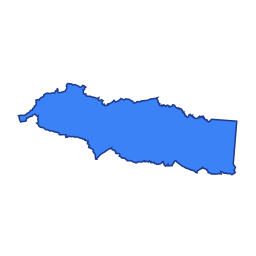 the district of Belén, Catamarca, Argentina, rotated 274°
{"feature_id": "61730980B98918352953876", "entity_name": "Belén", "entity_type": "district", "adm_level": 2, "iso_a3": "ARG", "parent_name": "Argentina", "parent_adm1": "Catamarca", "projection": "robinson", "projection_center": [-66.858, -26.985], "detail": "fine", "context": "isolated", "style": "filled", "palette": "blue", "viewbox_px": 256, "rotation_deg": 274, "n_neighbors": 0, "source": "geoboundaries", "source_scale": "gbopen_adm2", "svg_char_len": 5835}
<svg xmlns="http://www.w3.org/2000/svg" viewBox="0 0 256 256"><g transform="rotate(274 128 128)"><path d="M168.2,64.9L167.1,64.0L165.7,63.5L164.7,64.2L163.2,64.1L160.2,62.7L160.1,61.9L159.4,60.7L159.4,59.7L158.6,58.2L158.5,56.2L159.3,55.3L161.3,55.5L162.9,54.5L161.8,54.9L161.4,54.7L160.3,53.9L160.0,53.2L157.9,52.4L157.6,49.6L157.1,48.4L156.9,46.7L157.2,45.5L156.9,44.3L156.0,42.7L155.1,41.7L153.9,41.7L153.1,41.3L152.9,40.0L151.2,38.1L149.6,37.5L150.1,36.1L149.5,34.3L148.9,34.2L147.9,34.7L147.1,34.4L146.5,34.9L145.7,34.8L143.8,34.2L143.5,33.9L143.4,33.1L142.0,33.0L141.2,32.5L140.8,31.5L139.1,31.4L138.9,30.7L138.9,29.8L136.6,28.2L135.6,26.5L134.7,25.7L133.8,24.4L133.4,23.5L133.1,19.5L132.6,17.9L131.4,18.6L129.0,19.2L126.5,20.6L127.1,22.0L127.5,24.9L127.9,25.5L128.4,26.1L130.0,26.0L130.8,26.6L131.3,27.7L132.3,28.8L132.4,29.6L133.1,30.7L133.1,31.5L134.2,32.1L135.3,34.2L134.9,35.1L133.8,35.7L133.7,36.1L133.4,36.8L133.9,37.6L130.2,37.4L127.8,38.3L126.9,37.6L126.5,36.6L125.4,38.1L123.5,39.2L123.2,40.0L122.7,40.3L122.4,42.1L122.6,43.3L120.5,46.2L120.7,47.6L120.3,49.0L119.5,50.0L120.0,52.1L119.3,53.8L119.1,54.6L119.3,54.9L118.9,55.6L119.1,56.2L118.7,56.8L118.7,57.9L118.3,58.6L118.0,59.7L116.8,59.8L116.5,60.3L116.6,62.4L116.9,62.9L116.8,66.8L116.2,66.9L115.1,66.4L114.4,66.8L114.6,67.0L114.5,68.2L115.7,69.3L115.3,72.0L115.8,73.6L115.5,74.6L115.2,74.9L115.5,78.5L114.5,81.0L114.3,82.8L113.7,83.9L113.9,84.6L113.6,85.8L112.7,85.9L112.6,87.3L112.2,87.7L111.9,89.3L110.0,88.6L109.4,88.7L108.8,90.1L107.5,90.9L107.1,90.1L106.2,90.0L105.6,90.5L105.6,92.0L105.0,92.3L105.0,92.9L103.6,95.0L101.9,94.8L100.3,96.2L99.8,97.0L94.9,97.8L94.5,98.2L94.6,98.8L94.8,98.6L99.7,102.4L101.9,105.6L106.3,111.1L106.4,112.4L106.6,112.6L106.2,112.5L106.4,113.1L105.1,114.1L105.2,115.3L104.9,115.5L104.9,116.0L104.3,116.1L104.1,116.9L103.3,117.5L102.9,117.3L102.5,117.7L101.9,117.6L101.6,119.3L102.1,120.0L101.6,121.2L100.7,121.9L99.4,121.2L98.4,123.3L97.7,123.6L97.6,124.3L97.8,124.7L97.6,125.5L97.9,125.7L97.6,126.1L97.7,126.8L97.1,127.2L97.0,128.0L96.4,128.2L96.2,129.1L95.5,129.2L95.2,130.4L95.7,131.2L95.5,131.7L95.3,134.2L94.5,135.4L94.3,137.0L93.7,138.3L94.1,139.5L94.9,139.9L95.1,142.6L94.9,143.8L95.9,145.6L95.9,146.0L96.5,146.5L96.4,146.8L95.6,146.7L95.5,147.1L95.6,147.6L96.0,147.9L95.8,150.3L95.5,150.6L96.5,151.5L96.2,151.6L96.1,152.2L96.3,153.0L95.9,153.3L95.2,153.0L95.0,153.4L95.2,155.1L95.7,156.2L95.0,156.3L94.5,156.8L94.4,158.4L93.8,159.2L94.1,160.1L93.9,160.9L94.7,163.0L96.1,164.4L96.9,164.8L97.1,165.3L96.8,165.7L95.5,165.8L95.1,166.4L94.0,166.5L92.9,167.4L92.6,168.0L93.2,169.2L94.7,170.4L93.1,170.7L93.4,171.0L93.1,172.0L93.4,172.6L93.3,173.4L93.5,174.7L94.5,174.8L94.8,175.1L96.1,175.6L96.2,176.0L97.7,176.4L98.0,177.1L98.7,177.5L98.5,178.2L97.2,179.4L95.8,181.8L95.5,182.0L95.1,183.1L94.4,183.6L93.6,185.2L93.3,186.6L92.7,187.0L92.4,188.2L91.8,188.8L92.0,190.3L91.3,191.1L91.2,192.4L90.4,193.6L90.8,194.5L90.4,194.8L89.9,196.7L88.3,199.0L88.1,200.0L90.0,200.0L90.8,201.5L91.7,202.1L91.8,202.6L92.3,203.3L92.3,203.7L92.8,204.2L92.9,204.7L94.0,205.0L93.8,205.8L93.0,206.2L92.5,208.4L91.9,209.7L91.2,209.6L90.3,211.0L89.2,211.0L88.8,212.0L88.8,213.1L88.3,213.7L87.8,215.0L88.3,215.8L88.0,217.0L88.4,220.6L88.9,221.3L88.6,222.5L88.8,223.5L88.7,224.3L91.0,223.5L90.4,226.1L89.7,226.4L89.6,228.6L90.0,228.8L89.3,230.4L89.7,232.5L89.6,233.3L88.7,234.6L89.0,235.8L89.8,236.3L90.4,237.5L91.1,238.1L93.1,236.6L93.7,237.3L94.5,237.2L96.5,237.9L97.1,237.1L99.5,235.5L142.4,236.0L142.5,210.7L139.8,208.5L140.0,208.2L139.7,207.6L140.1,206.8L140.6,206.8L140.6,206.3L141.7,206.1L141.9,204.9L141.7,204.6L142.0,204.6L142.2,203.7L143.1,203.4L142.8,203.1L143.0,202.7L143.9,202.9L144.0,202.1L144.5,202.3L144.6,201.8L145.0,201.8L143.9,199.9L144.6,200.3L144.5,199.6L144.2,199.1L144.7,198.6L143.9,197.6L143.1,197.1L142.5,196.5L142.2,195.3L142.2,194.9L142.5,194.7L142.4,194.0L142.6,193.5L143.1,193.4L143.1,192.8L143.6,192.6L143.6,192.0L144.1,192.0L144.2,191.6L144.6,191.4L144.5,191.1L145.3,191.3L144.9,189.8L145.2,189.3L145.8,189.1L145.4,188.7L145.5,188.4L145.2,187.9L143.2,187.3L142.8,186.1L144.2,184.9L144.2,184.3L144.7,184.3L144.9,183.8L145.9,183.6L146.6,183.2L146.4,182.9L147.3,182.5L147.4,182.2L147.6,182.3L147.5,182.0L147.7,181.9L147.4,181.6L147.6,181.3L148.7,181.4L149.2,181.2L149.5,180.3L150.4,180.2L150.9,178.8L150.4,178.4L150.5,177.9L151.0,178.2L151.0,177.5L151.6,177.2L151.4,175.7L151.9,174.3L153.2,173.0L153.8,173.0L154.1,171.7L154.4,171.3L154.3,171.0L152.9,170.7L152.7,169.6L152.1,169.1L152.3,168.2L152.0,167.4L153.0,167.2L152.9,166.7L153.5,166.1L153.3,165.2L152.2,163.8L152.6,163.4L152.4,162.8L152.9,162.4L153.2,162.7L153.6,161.7L152.2,160.2L152.4,159.4L153.1,159.5L152.7,158.2L154.2,157.3L154.5,157.6L154.6,157.1L155.5,156.8L155.9,156.0L156.6,156.3L158.0,155.6L158.8,154.8L159.4,154.8L160.3,155.4L159.2,152.3L158.5,148.4L157.0,145.6L155.9,139.3L155.6,139.4L155.0,138.5L155.0,135.5L154.8,135.0L153.9,134.2L153.6,133.4L153.7,133.0L153.1,132.5L153.7,131.6L154.7,131.1L155.0,130.1L155.6,129.8L155.7,128.5L156.7,127.2L156.8,124.9L156.6,124.5L156.9,123.5L156.4,123.3L155.8,122.0L156.9,118.8L155.3,117.6L154.7,116.5L154.1,116.4L153.8,115.9L153.3,113.4L154.7,112.1L153.7,111.6L153.3,110.8L152.6,110.6L151.6,108.7L150.0,106.9L150.5,106.9L150.8,106.4L150.5,106.0L149.5,105.9L149.4,105.3L148.9,104.7L149.0,104.0L148.7,103.2L150.2,102.4L149.6,101.8L149.6,101.4L150.6,100.3L152.8,100.6L153.4,101.2L154.4,99.5L153.3,98.0L153.9,96.4L156.2,96.8L155.3,95.4L156.4,91.4L156.0,91.0L157.1,87.9L156.7,86.3L157.0,85.9L156.9,85.1L157.3,84.1L159.0,83.6L158.9,81.8L159.1,81.5L160.1,80.9L162.0,81.0L162.7,80.6L162.7,81.1L163.7,82.0L165.0,81.7L165.7,83.0L166.1,82.8L166.1,82.2L167.0,81.3L167.3,79.7L166.5,79.5L165.2,77.4L165.6,76.5L166.3,75.9L167.6,71.8L167.1,70.9L167.1,69.6L167.9,69.1L168.2,64.9Z" fill="#3b82f6" stroke="#1e3a8a" stroke-width="1.5"/></g></svg>